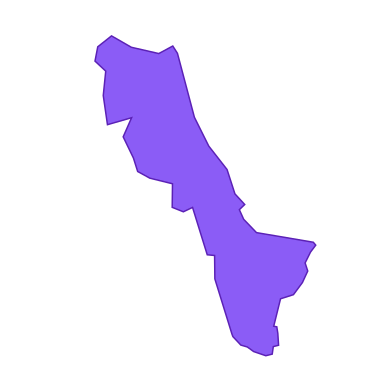 outline of York, Virginia, United States of America, rotated 18°
{"feature_id": "52423323B51899565145561", "entity_name": "York", "entity_type": "district", "adm_level": 2, "iso_a3": "USA", "parent_name": "United States of America", "parent_adm1": "Virginia", "projection": "mercator", "projection_center": [-76.531, 37.236], "detail": "fine", "context": "isolated", "style": "filled", "palette": "violet", "viewbox_px": 384, "rotation_deg": 18, "n_neighbors": 0, "source": "geoboundaries", "source_scale": "gbopen_adm2", "svg_char_len": 792}
<svg xmlns="http://www.w3.org/2000/svg" viewBox="0 0 384 384"><g transform="rotate(18 192 192)"><path d="M320.2,258.3L325.0,244.0L326.5,231.4L321.5,224.5L323.3,212.5L326.1,204.3L322.9,202.3L265.9,210.7L249.6,202.0L242.5,194.2L246.0,187.6L233.4,180.5L218.4,159.8L193.8,143.2L171.2,120.2L135.3,64.6L128.6,59.1L117.6,70.6L89.6,73.1L67.2,68.4L57.5,83.0L59.3,97.5L72.6,103.7L77.8,127.7L90.8,154.1L111.6,140.0L109.5,160.8L125.8,177.8L134.0,189.3L147.7,191.9L170.9,190.2L177.9,212.7L189.9,213.5L197.3,206.5L203.5,215.3L225.9,247.0L233.1,245.4L240.6,267.6L266.5,304.3L273.9,314.8L275.6,316.9L285.7,322.5L292.5,322.3L299.9,324.7L312.8,324.9L318.4,321.4L317.1,313.9L321.7,311.0L317.3,299.9L314.3,294.0L311.2,294.4L309.2,266.2L320.2,258.3Z" fill="#8b5cf6" stroke="#5b21b6" stroke-width="1.5"/></g></svg>